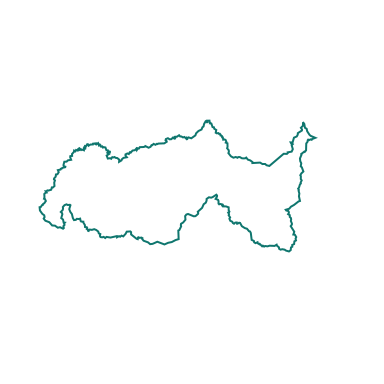 Ourilândia do Norte, Pará, Brazil (orthographic projection), rotated 49°
{"feature_id": "56859067B25768757829086", "entity_name": "Ourilândia do Norte", "entity_type": "district", "adm_level": 2, "iso_a3": "BRA", "parent_name": "Brazil", "parent_adm1": "Pará", "projection": "orthographic", "projection_center": [-51.403, -7.454], "detail": "fine", "context": "isolated", "style": "outline", "palette": "teal", "viewbox_px": 384, "rotation_deg": 49, "n_neighbors": 0, "source": "geoboundaries", "source_scale": "gbopen_adm2", "svg_char_len": 6039}
<svg xmlns="http://www.w3.org/2000/svg" viewBox="0 0 384 384"><g transform="rotate(49 192 192)"><path d="M232.0,63.4L227.5,65.6L225.9,65.8L221.7,65.2L219.5,64.0L217.6,64.6L214.3,62.6L212.8,62.5L212.7,62.9L214.8,64.8L215.0,67.7L216.9,67.9L217.7,68.7L217.0,73.5L218.1,74.6L218.8,76.5L217.9,79.4L220.6,83.6L219.3,85.0L220.5,85.3L222.0,84.7L222.1,86.1L225.8,87.8L226.9,90.3L224.9,93.7L225.4,93.9L225.5,95.3L223.3,97.8L223.1,116.5L220.7,118.2L218.9,118.4L217.1,120.5L214.5,121.3L209.8,127.4L209.1,126.7L206.4,127.3L204.2,128.6L201.6,128.5L201.5,129.7L200.5,131.0L199.3,132.2L197.0,133.0L196.0,134.2L196.0,135.2L194.3,136.0L193.3,138.2L190.6,139.2L186.5,139.0L185.9,137.8L184.6,136.9L182.0,136.8L181.3,135.6L178.5,133.3L176.9,134.1L176.6,133.1L174.7,132.5L173.5,133.1L173.0,134.1L171.0,132.9L170.5,133.4L169.4,132.7L168.0,133.4L167.5,132.8L166.3,132.8L165.9,133.5L164.8,133.5L164.0,134.8L162.8,135.2L161.1,133.0L158.8,133.7L157.6,133.0L156.5,133.9L153.1,132.5L152.1,133.3L151.9,132.8L151.0,132.9L149.6,132.0L148.1,133.8L149.4,134.6L149.2,135.0L147.6,135.4L148.6,138.3L150.1,140.3L150.0,141.7L151.1,143.8L150.2,147.1L150.4,150.4L151.5,152.3L151.0,157.3L148.5,158.8L148.5,159.7L147.8,160.1L148.9,160.9L148.8,161.3L145.5,161.6L144.9,163.0L143.1,163.6L142.3,164.5L140.7,164.5L140.4,167.1L139.0,168.8L139.0,169.2L140.3,169.3L140.5,169.8L140.2,170.3L138.4,170.8L138.6,172.9L137.6,174.3L135.6,174.9L134.9,177.0L135.6,178.0L136.5,177.7L137.5,178.1L137.1,181.0L133.4,185.6L133.2,186.6L132.6,186.9L132.4,188.6L130.5,189.4L130.6,191.4L130.1,191.8L130.7,193.6L130.1,195.7L126.7,197.1L126.9,197.7L126.3,199.0L123.9,202.0L124.4,203.5L123.7,204.7L124.1,206.0L122.9,205.4L122.9,204.6L122.6,204.8L123.0,207.6L121.7,209.7L122.1,212.4L121.2,212.6L121.2,213.0L121.9,214.8L120.5,215.5L120.0,217.5L120.7,218.2L123.0,218.4L121.3,221.3L121.3,223.4L121.9,224.5L121.4,227.2L119.9,225.7L117.4,226.1L116.0,227.3L114.8,227.5L114.3,228.7L113.4,229.3L113.9,231.2L112.9,231.5L111.5,233.6L108.5,232.5L108.9,229.9L106.9,230.2L106.8,229.0L108.2,228.0L107.7,227.5L106.0,228.6L105.4,228.2L104.4,229.2L101.6,228.1L100.0,229.4L100.0,230.0L98.7,229.8L98.2,230.9L97.2,231.0L96.7,230.4L95.6,230.4L95.1,230.8L95.3,231.5L93.5,230.8L93.4,232.0L92.8,232.2L93.2,233.1L92.5,233.5L91.9,233.1L90.6,235.0L91.1,235.6L89.5,237.6L89.2,239.7L87.7,239.2L87.2,239.7L87.9,242.1L87.3,242.5L88.4,243.2L87.8,243.7L88.9,244.3L88.1,244.9L89.6,246.2L87.7,247.3L87.6,248.0L87.0,247.9L86.4,249.5L85.8,248.2L85.0,248.3L84.9,250.0L85.5,251.2L84.2,251.9L84.8,253.3L83.4,253.8L84.3,254.9L84.6,257.6L86.1,258.8L85.1,260.3L85.8,261.1L88.4,262.1L86.7,264.9L86.8,266.7L85.4,268.5L87.4,271.4L88.8,271.7L89.8,271.0L90.1,271.4L88.7,274.0L88.9,274.9L88.4,275.8L88.8,276.5L87.5,278.9L89.6,279.6L90.3,281.9L89.5,283.2L91.0,284.8L91.3,287.2L91.9,287.9L93.3,287.8L94.6,289.9L97.3,291.9L97.3,294.2L96.6,294.8L97.9,296.8L96.6,299.6L95.9,300.1L96.0,301.3L95.5,301.9L97.0,302.1L96.5,303.0L96.6,304.8L99.2,306.8L100.0,308.1L100.8,307.6L102.9,308.2L103.6,310.9L103.3,312.1L103.9,313.1L103.5,313.8L104.1,315.9L103.5,317.0L106.2,318.9L110.3,319.3L112.6,318.8L114.2,319.7L114.8,321.4L117.5,321.5L121.2,319.5L125.5,319.5L127.5,317.5L130.9,316.7L132.0,314.7L135.1,313.4L135.1,312.4L133.4,311.5L133.2,309.8L131.9,309.2L131.7,308.1L130.8,308.9L128.2,307.4L125.9,307.8L123.7,304.4L122.6,303.9L121.0,304.1L120.8,301.6L120.1,300.4L118.6,299.3L118.3,296.8L119.0,294.8L120.3,294.3L121.6,292.5L122.2,292.4L124.4,295.9L127.2,296.9L129.8,297.1L133.5,299.0L135.8,299.5L136.8,298.0L136.7,296.5L138.1,295.2L138.7,293.9L140.7,295.0L141.6,295.0L143.1,293.5L143.6,294.0L146.6,294.5L148.2,295.7L149.6,294.5L150.4,294.7L150.8,295.7L152.3,295.4L153.1,295.9L153.6,295.6L153.0,294.2L153.3,293.8L154.9,292.4L155.9,290.2L157.8,289.2L160.3,288.7L162.1,289.5L163.6,288.8L164.7,290.3L166.0,290.6L167.3,289.5L167.9,288.1L169.8,287.7L169.8,286.0L172.9,283.4L175.9,277.8L176.2,277.5L177.0,278.2L177.5,276.0L178.6,275.6L178.7,273.8L180.4,273.0L180.0,269.5L179.1,267.3L181.3,264.4L182.3,264.3L184.1,265.8L191.0,264.5L192.0,263.9L190.9,262.6L191.1,262.0L192.1,261.8L193.3,260.0L194.3,259.7L194.6,260.4L197.0,260.5L201.2,258.2L203.9,257.8L205.3,255.7L206.8,250.8L213.5,247.2L214.7,243.3L216.5,240.1L217.5,235.9L218.8,233.0L212.1,227.6L212.4,226.5L210.8,222.7L209.7,222.2L208.8,221.1L209.2,218.7L208.6,215.1L205.7,213.0L205.3,211.0L206.0,209.4L211.5,206.6L212.5,205.2L212.5,201.9L212.0,201.1L210.7,200.6L210.6,194.8L208.9,191.2L209.1,188.6L208.1,186.7L206.8,185.5L207.1,182.7L208.9,181.2L209.4,179.7L210.0,175.4L211.1,175.4L211.9,176.2L212.7,178.7L215.0,177.5L216.2,177.9L218.2,179.6L219.1,179.6L219.6,178.5L221.5,177.1L222.2,177.2L222.1,178.1L223.1,178.2L225.2,175.8L227.6,174.4L230.0,176.4L231.3,176.6L231.8,177.6L231.4,178.2L233.1,178.6L233.6,179.6L236.2,179.9L236.7,181.3L238.8,182.0L240.9,181.1L242.2,181.5L243.5,181.1L243.5,179.4L244.4,178.2L245.5,178.8L245.8,178.4L246.1,176.6L246.9,176.0L250.5,176.8L253.9,175.8L255.8,174.6L259.0,174.7L259.9,174.1L261.5,174.5L267.3,178.4L269.5,177.4L270.8,178.1L272.3,177.6L272.9,175.5L273.9,176.0L275.8,175.4L275.7,174.9L279.0,174.7L279.0,173.7L280.5,173.4L280.7,172.3L282.6,170.6L283.4,168.7L286.9,165.0L287.3,162.7L288.2,163.1L290.8,162.7L292.0,163.5L293.6,163.0L294.4,161.4L296.3,159.9L297.9,159.5L300.5,157.8L300.6,155.6L298.8,153.7L299.1,152.2L297.7,151.1L298.3,149.1L296.4,147.1L296.8,145.3L295.2,144.5L294.4,142.9L291.7,142.4L290.6,143.4L289.1,140.9L282.5,139.9L282.1,138.0L281.4,137.3L278.7,136.4L277.6,135.0L276.4,134.4L275.0,134.6L273.6,133.4L271.8,134.0L271.5,132.9L270.8,132.1L269.5,131.8L267.8,133.0L266.9,132.9L268.4,129.6L268.0,127.0L268.7,123.5L269.0,117.8L269.6,116.4L265.4,114.1L263.6,112.0L260.9,110.7L260.6,110.0L259.1,109.7L258.9,108.4L257.1,105.6L257.0,104.3L256.2,103.9L255.2,101.6L253.6,101.4L251.4,99.4L250.4,99.3L249.7,97.3L249.6,94.5L245.4,92.9L244.0,93.1L242.0,90.7L239.8,90.1L237.5,88.5L235.7,84.9L235.0,84.7L235.2,80.7L235.7,80.6L235.4,78.6L230.3,73.9L230.0,72.1L228.8,70.6L228.7,70.0L229.6,69.8L230.0,68.1L231.0,67.5L230.7,67.1L232.0,63.4Z" fill="none" stroke="#0f766e" stroke-width="2"/></g></svg>